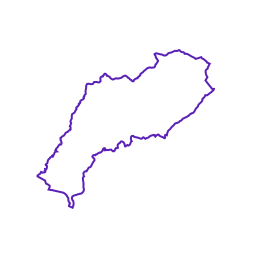 the district of Hueyapan, Puebla, Mexico, rotated 207°
{"feature_id": "50627088B56291356806731", "entity_name": "Hueyapan", "entity_type": "district", "adm_level": 2, "iso_a3": "MEX", "parent_name": "Mexico", "parent_adm1": "Puebla", "projection": "robinson", "projection_center": [-97.395, 19.929], "detail": "fine", "context": "isolated", "style": "outline", "palette": "violet", "viewbox_px": 256, "rotation_deg": 207, "n_neighbors": 0, "source": "geoboundaries", "source_scale": "gbopen_adm2", "svg_char_len": 5858}
<svg xmlns="http://www.w3.org/2000/svg" viewBox="0 0 256 256"><g transform="rotate(207 128 128)"><path d="M141.2,31.8L141.6,34.6L142.2,36.1L142.7,36.9L143.7,38.1L145.0,38.7L146.2,40.0L146.4,41.2L146.4,41.9L145.3,43.5L143.5,45.1L142.8,46.1L141.9,46.6L141.0,47.6L140.1,48.1L139.5,49.1L139.0,50.5L139.0,51.7L139.1,52.8L141.0,55.3L142.3,58.2L145.2,62.3L145.6,63.5L145.2,64.9L145.5,65.0L147.1,67.2L147.2,68.3L146.7,69.6L146.0,70.4L145.4,70.5L145.2,71.2L145.3,72.1L145.1,72.7L145.1,74.3L144.9,75.0L143.8,76.1L143.6,77.0L143.6,80.5L143.4,82.9L143.2,83.7L143.2,84.1L143.8,85.0L144.3,85.4L146.2,85.9L146.8,86.5L146.8,87.5L146.0,88.5L145.1,88.9L144.9,89.3L144.6,89.2L144.4,90.1L143.9,90.4L143.8,90.7L143.5,91.1L142.8,92.5L142.4,93.1L141.4,93.5L140.8,94.9L140.7,95.3L140.4,96.6L140.7,98.1L140.3,99.0L139.7,99.4L139.0,99.3L138.9,99.0L138.9,98.1L138.6,97.6L136.2,99.2L135.2,99.5L134.5,100.3L133.2,101.1L131.1,100.4L130.2,100.8L130.3,101.1L129.6,101.7L129.7,102.2L129.6,103.4L129.8,103.6L129.6,104.6L128.0,105.7L128.3,106.3L129.0,107.1L129.5,108.1L129.5,108.7L129.2,109.6L129.2,110.0L128.4,111.0L128.3,112.5L127.8,113.1L127.0,113.3L125.3,113.2L124.2,112.5L122.3,110.3L122.1,110.3L121.8,110.7L121.3,111.8L120.8,112.6L119.9,112.4L119.6,112.6L118.8,114.0L118.8,115.2L119.1,117.2L119.1,117.5L118.7,117.9L120.0,118.9L120.8,120.2L121.2,121.8L121.0,122.5L120.7,122.6L120.1,123.2L119.7,123.3L119.3,123.3L118.9,123.0L118.1,123.0L116.0,123.5L115.5,123.6L115.2,123.9L113.6,124.0L111.8,124.3L111.1,124.6L110.7,125.2L110.3,126.5L110.1,126.7L109.6,126.7L108.0,126.3L107.5,126.3L106.9,127.5L105.8,128.4L105.3,129.2L104.9,130.4L104.3,131.0L104.3,131.4L102.6,132.9L102.5,133.1L101.6,133.7L101.1,133.8L100.5,133.0L99.7,132.7L99.3,134.4L98.2,135.9L97.3,135.9L96.7,135.5L95.5,135.3L93.3,135.6L91.1,135.4L90.6,135.7L90.6,136.4L91.4,137.4L91.7,138.1L91.6,138.8L91.1,139.2L90.1,139.2L90.8,141.9L90.9,144.1L89.9,146.2L89.8,147.5L89.3,149.3L88.5,151.2L88.3,152.8L87.5,154.1L86.2,155.1L85.3,156.3L85.0,157.6L84.5,158.2L84.0,158.7L83.4,161.1L80.4,165.0L80.0,165.9L79.6,166.3L79.3,166.9L79.4,167.4L78.6,169.0L78.2,169.3L78.1,169.9L77.7,170.3L77.0,170.7L76.7,171.4L76.4,172.8L76.3,176.2L75.5,179.0L75.8,180.8L74.3,185.0L74.3,186.3L74.5,187.1L74.9,187.6L74.5,188.4L74.5,188.8L73.9,190.4L74.0,192.4L72.3,193.1L71.0,196.0L70.0,197.9L69.6,199.3L69.2,199.9L69.0,201.1L69.2,201.8L71.0,201.1L77.3,204.0L80.6,205.6L80.3,209.3L81.6,210.1L83.1,211.5L83.7,212.4L84.3,213.1L84.9,214.7L84.5,216.1L84.0,217.0L84.4,218.5L84.3,220.0L84.5,221.1L84.3,222.3L85.4,222.4L87.4,222.2L88.0,222.8L91.1,223.5L92.0,223.7L93.7,223.6L94.9,224.4L99.0,220.3L100.6,220.7L103.4,220.6L108.0,220.9L109.3,220.8L109.7,220.5L110.5,220.4L110.9,219.9L111.2,219.8L111.8,220.4L113.0,220.7L114.1,220.2L115.4,220.0L116.2,220.2L117.2,220.7L118.1,220.5L118.6,219.5L119.2,218.9L121.2,218.1L123.9,214.7L125.2,213.8L126.0,212.9L126.5,211.2L127.1,210.1L127.4,209.7L128.9,208.9L131.1,208.9L132.4,208.4L136.8,207.4L137.6,206.5L137.9,205.9L137.6,205.5L136.2,204.8L135.2,203.5L134.7,203.4L134.0,202.7L133.3,202.6L133.0,202.2L131.8,201.7L131.7,201.5L131.6,201.0L132.0,197.6L132.1,197.2L132.3,197.1L132.2,196.7L131.9,194.6L132.2,193.9L132.7,193.5L134.7,192.2L135.3,192.0L136.0,192.0L136.6,191.5L137.0,190.9L137.6,190.5L138.1,189.7L139.2,186.9L139.6,186.3L140.1,184.3L141.4,181.9L141.5,181.5L141.0,180.8L141.4,179.2L142.1,178.5L142.1,178.2L141.9,177.5L142.0,177.2L142.4,176.4L142.9,176.3L143.2,175.6L143.9,174.9L144.4,173.5L144.3,172.2L145.1,171.7L145.8,171.7L146.3,171.9L146.7,172.3L148.2,172.2L149.6,172.8L150.4,172.7L151.9,173.3L152.9,173.2L153.7,173.6L154.4,173.3L155.4,172.4L155.8,171.8L156.1,170.8L157.0,169.5L158.9,167.8L160.2,167.1L161.1,167.0L162.5,165.5L163.1,164.6L164.0,164.2L166.1,164.4L167.4,165.1L168.6,165.3L170.1,165.1L170.5,164.9L171.4,165.5L171.4,165.8L172.0,166.0L173.3,165.9L173.7,165.1L173.6,164.0L174.0,163.3L173.8,163.1L173.8,162.5L174.3,162.0L174.9,161.7L175.2,161.2L175.4,160.6L175.1,159.4L174.5,158.7L173.7,157.2L174.1,156.6L174.1,155.8L175.3,155.0L176.5,154.9L178.9,153.7L179.2,153.1L179.1,152.1L179.5,151.0L180.8,150.3L183.4,149.5L184.3,148.8L184.5,148.2L184.5,147.3L184.2,145.9L183.5,144.9L182.9,142.5L182.0,140.5L181.2,139.4L181.1,139.0L181.7,137.4L181.6,136.6L181.3,136.4L181.4,135.9L181.6,135.6L181.5,135.0L180.9,134.7L180.7,134.0L180.9,133.4L182.0,132.0L182.2,131.4L182.6,130.9L182.7,130.6L182.6,129.8L182.1,129.1L182.1,128.8L182.1,128.5L182.6,127.9L182.8,127.1L182.2,126.7L182.5,125.4L182.4,124.7L182.8,124.3L183.3,122.9L183.3,122.4L182.5,121.7L182.6,121.4L182.5,121.0L182.8,119.9L182.6,118.8L182.7,117.5L183.2,116.6L183.3,116.1L184.0,115.1L183.9,114.0L182.4,110.9L182.4,108.6L182.1,107.4L180.8,106.5L180.7,105.0L180.5,104.3L180.7,103.5L180.6,103.1L179.6,102.7L179.2,102.1L179.0,100.9L178.6,100.8L178.8,99.7L179.2,99.4L179.7,98.4L179.9,97.3L180.9,96.1L181.3,95.4L181.6,92.3L182.9,90.4L183.2,89.3L183.2,88.7L183.6,88.5L183.2,87.7L182.5,86.5L182.2,86.5L181.6,85.9L181.0,85.3L181.0,85.0L180.6,84.8L180.4,84.3L180.1,83.9L180.2,82.8L180.7,82.5L181.4,82.4L181.6,82.0L181.9,80.1L182.0,78.7L182.5,77.3L182.7,76.3L182.1,75.8L182.4,75.0L180.8,74.7L181.8,74.0L182.3,72.7L182.0,71.6L182.0,69.7L182.7,69.6L183.0,69.1L182.9,69.0L182.1,68.8L182.3,68.4L182.2,68.1L183.0,67.9L183.8,66.7L184.0,66.1L184.0,65.2L184.5,64.3L184.6,63.6L184.6,62.6L183.9,59.9L184.6,58.6L184.7,58.0L184.2,57.5L183.1,57.4L182.5,56.5L182.0,54.5L182.4,53.9L183.2,53.7L182.6,52.9L182.7,52.5L182.1,52.4L182.0,52.2L181.8,51.7L181.9,51.2L182.0,50.7L183.6,49.9L183.6,49.6L184.0,49.3L185.5,49.4L185.6,48.8L185.4,47.6L186.5,45.8L187.0,44.6L186.9,44.1L186.6,43.8L178.0,43.5L175.9,41.3L172.9,41.3L171.7,41.0L171.3,40.7L170.9,39.4L170.8,37.1L168.0,37.9L167.3,38.4L166.5,38.4L156.8,40.9L155.5,41.0L153.2,40.6L152.7,40.2L151.8,40.0L150.5,38.9L149.6,38.7L148.2,36.4L147.3,35.4L145.5,34.6L145.5,32.6L145.1,31.6L141.2,31.8Z" fill="none" stroke="#5b21b6" stroke-width="2"/></g></svg>